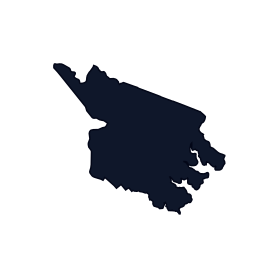 Willoughby, New South Wales, Australia (Robinson projection), rotated 41°
{"feature_id": "25037944B78861208186776", "entity_name": "Willoughby", "entity_type": "district", "adm_level": 2, "iso_a3": "AUS", "parent_name": "Australia", "parent_adm1": "New South Wales", "projection": "robinson", "projection_center": [151.215, -33.802], "detail": "fine", "context": "isolated", "style": "filled", "palette": "ink", "viewbox_px": 256, "rotation_deg": 41, "n_neighbors": 0, "source": "geoboundaries", "source_scale": "gbopen_adm2", "svg_char_len": 5932}
<svg xmlns="http://www.w3.org/2000/svg" viewBox="0 0 256 256"><g transform="rotate(41 128 128)"><path d="M61.1,103.3L61.8,104.9L62.1,108.1L62.3,110.0L62.2,111.0L62.4,112.5L63.0,115.3L63.9,116.9L65.3,118.9L66.0,120.3L65.7,121.8L65.3,122.7L64.2,124.3L63.0,125.4L62.4,125.7L61.9,125.6L60.6,124.5L59.6,124.0L58.3,124.1L56.7,124.7L55.7,124.9L54.5,124.9L53.8,124.8L53.3,124.3L52.8,122.2L52.5,121.6L52.1,121.1L51.4,121.0L50.8,121.1L48.7,122.6L48.1,122.7L47.4,122.7L45.9,121.7L45.1,121.4L44.2,121.4L37.9,122.7L36.0,123.3L34.3,124.6L32.5,126.6L30.9,127.5L30.6,127.8L30.5,128.2L31.1,129.5L32.6,131.2L38.0,131.8L43.3,132.7L81.7,139.7L82.3,139.9L85.6,142.0L93.9,143.5L94.6,143.5L95.6,143.1L96.3,142.5L97.6,141.1L101.0,140.4L102.9,139.4L105.0,138.2L109.6,137.7L110.3,140.8L110.3,141.6L110.1,142.6L108.6,144.6L106.7,148.6L103.1,151.9L102.0,153.3L101.5,154.1L101.4,154.7L101.6,156.2L102.4,157.6L106.4,161.2L108.0,165.4L109.1,166.7L110.9,168.1L114.4,168.9L115.2,169.2L115.9,169.7L124.3,179.7L126.1,182.4L127.6,185.7L128.2,186.4L129.1,186.9L132.2,187.6L133.7,187.5L135.4,186.9L141.2,184.3L143.4,183.8L142.9,180.6L144.4,180.4L155.3,180.5L158.8,181.0L159.8,175.1L166.9,176.3L167.1,175.0L167.5,173.9L167.9,172.6L172.4,173.3L172.7,171.9L174.4,171.3L174.9,170.8L175.8,170.3L176.3,169.8L177.4,168.1L178.3,168.3L178.6,168.2L180.8,166.8L183.6,165.7L184.3,165.1L184.6,164.5L184.6,164.2L185.7,164.5L186.7,164.3L187.6,164.5L189.0,166.4L190.7,167.2L191.0,167.6L191.4,167.6L191.7,167.9L192.1,167.4L192.7,167.0L194.9,167.0L195.3,167.2L196.2,168.5L196.7,168.7L196.8,169.0L198.3,169.7L199.0,169.8L200.4,169.1L201.3,168.8L202.3,168.1L203.4,168.1L203.9,167.8L204.8,168.0L206.8,165.9L206.9,165.5L206.2,164.0L205.7,162.0L205.2,161.3L204.5,160.7L204.9,160.3L205.0,159.7L205.6,160.0L207.1,160.3L208.1,162.3L209.8,162.0L210.1,162.6L210.4,162.9L211.0,162.9L211.7,163.3L212.7,163.6L213.0,163.5L213.7,162.8L214.9,162.0L215.1,161.3L215.3,161.1L215.6,161.0L215.8,161.1L216.2,161.0L217.1,160.1L218.4,159.6L218.3,159.3L218.7,159.0L219.0,159.0L219.9,158.7L220.6,158.8L220.7,158.7L222.1,158.9L223.0,159.2L223.6,158.7L223.0,157.7L221.7,156.9L220.6,156.6L220.2,156.4L220.3,156.2L219.7,155.7L219.4,155.2L219.6,154.7L219.5,154.2L219.6,153.5L220.6,152.0L221.2,150.3L220.9,149.2L221.0,148.9L220.8,148.6L220.9,147.7L221.7,146.7L221.9,146.2L222.1,145.5L222.1,144.9L222.3,144.4L223.4,143.8L223.8,143.3L223.9,142.7L223.6,141.0L223.3,140.1L222.5,139.6L221.4,139.3L220.1,137.8L219.1,137.5L218.2,137.5L217.5,137.8L216.6,138.4L215.0,138.4L214.5,137.9L213.1,137.2L212.8,137.0L212.4,136.9L210.5,136.5L209.5,136.4L209.3,136.2L208.6,136.6L208.4,136.9L208.2,137.4L207.2,138.4L206.5,138.8L206.4,139.1L205.9,139.2L205.9,139.6L205.7,139.7L205.8,139.9L205.3,140.4L205.0,140.5L204.8,140.3L204.5,140.4L204.1,140.6L202.7,141.2L202.4,141.0L202.3,140.5L202.1,140.2L200.6,139.9L195.9,141.0L195.5,140.0L195.0,139.4L193.1,138.1L191.6,137.6L191.7,137.3L191.9,137.3L193.7,137.2L195.7,137.6L197.1,138.1L198.0,138.1L199.1,137.3L199.4,137.4L201.1,136.6L202.4,136.4L203.1,135.9L203.8,135.1L203.8,134.1L203.4,133.6L202.8,133.1L202.2,132.0L201.2,131.3L201.6,130.8L203.3,130.7L204.3,130.2L204.6,129.7L204.9,128.8L205.7,127.8L205.9,126.7L206.4,126.9L206.7,127.5L207.2,127.9L208.8,129.9L209.8,130.5L210.3,130.5L211.8,129.8L212.5,129.4L212.7,128.9L213.0,128.8L214.2,129.2L215.1,130.0L217.2,129.8L218.6,130.2L219.5,130.0L220.1,129.8L220.4,129.3L220.8,128.6L220.9,126.5L220.6,125.3L219.8,124.0L219.5,123.2L219.8,122.1L220.3,121.4L220.5,120.1L220.2,119.6L219.2,118.9L218.4,118.1L218.2,117.8L218.1,117.3L218.2,116.8L218.8,116.0L219.2,114.9L220.6,113.3L220.8,112.5L220.5,112.0L219.6,110.6L218.8,109.7L218.4,109.5L217.7,109.3L217.3,109.5L217.0,109.8L216.6,110.5L216.6,111.0L215.3,112.9L213.0,114.7L212.2,115.1L211.0,115.3L209.3,115.1L207.4,116.3L205.8,116.3L204.8,116.2L204.5,116.4L202.9,116.5L201.7,116.9L201.1,117.4L200.2,117.7L199.1,117.5L198.0,116.9L197.0,116.6L194.9,116.1L193.5,116.3L192.3,116.7L192.2,116.5L193.2,115.8L194.1,115.2L194.6,115.1L196.4,115.4L197.1,115.7L197.5,116.0L197.8,116.0L198.0,115.7L199.3,115.4L200.4,114.9L202.4,113.1L203.3,111.9L203.6,111.1L203.6,110.4L203.6,109.5L203.4,108.6L203.0,108.1L202.6,107.6L199.6,106.4L199.1,106.1L197.2,104.3L196.5,103.2L196.2,103.0L195.2,103.3L194.5,104.4L193.0,105.4L191.9,105.6L190.7,105.3L188.0,102.8L186.8,100.2L186.1,99.4L186.0,99.0L186.0,97.6L187.3,99.0L189.2,101.5L190.3,102.1L191.1,102.4L191.4,102.3L191.9,101.0L192.5,100.4L192.7,99.9L194.5,99.8L195.3,99.3L195.8,99.2L196.9,99.8L197.3,100.3L198.6,101.1L199.2,101.7L199.5,102.5L200.0,103.0L202.4,103.2L204.9,105.0L206.4,105.5L208.0,106.4L209.0,106.4L209.8,106.1L210.1,105.8L210.6,104.8L211.1,104.5L211.0,104.3L210.1,103.2L209.6,102.1L209.6,101.9L210.2,101.9L211.5,101.2L212.5,101.0L214.3,101.4L216.1,101.4L216.3,101.3L217.7,101.3L218.5,100.8L218.9,100.4L219.1,100.0L219.0,99.5L219.3,99.4L219.6,99.5L220.0,100.9L220.3,101.6L221.0,102.1L221.7,102.2L224.5,99.7L225.2,98.6L225.5,97.0L224.9,95.3L224.7,93.7L224.3,93.0L224.4,91.9L224.2,91.1L222.7,89.8L221.5,89.4L220.3,88.6L220.1,88.2L220.1,87.6L219.6,86.7L219.5,85.8L219.0,85.2L216.7,85.9L214.4,86.9L213.1,87.3L211.4,87.5L205.7,87.5L203.9,88.0L202.9,88.4L202.1,88.2L200.7,86.9L199.2,85.9L198.3,85.6L197.7,85.6L195.3,86.5L192.9,86.6L192.4,86.4L190.7,85.2L190.0,84.9L189.4,84.2L189.2,83.4L187.9,83.5L187.0,83.8L185.9,83.8L184.2,83.6L183.2,83.2L181.9,82.1L181.2,80.2L180.9,78.1L180.3,76.3L180.9,74.3L180.9,73.3L180.5,71.7L180.0,70.5L179.0,68.8L178.8,68.6L176.9,68.4L171.6,68.4L170.4,69.1L169.8,69.1L168.3,69.7L156.7,73.8L144.4,78.3L143.6,78.8L133.7,82.5L131.9,83.1L131.5,83.1L109.2,91.4L109.0,91.5L108.8,91.2L95.0,96.6L94.6,96.9L94.3,97.8L94.0,98.4L93.4,99.0L92.9,100.7L91.5,100.3L90.4,99.5L87.7,99.1L86.6,99.3L84.6,100.3L81.8,103.0L80.2,102.8L77.9,103.0L77.3,102.8L75.2,101.6L74.0,101.3L73.1,101.3L72.5,101.6L71.9,102.5L71.1,103.1L70.2,103.6L68.6,103.1L67.6,103.4L66.2,102.5L64.9,102.3L63.3,102.5L61.1,103.3Z" fill="#0f172a" stroke="#020617" stroke-width="1.5"/></g></svg>